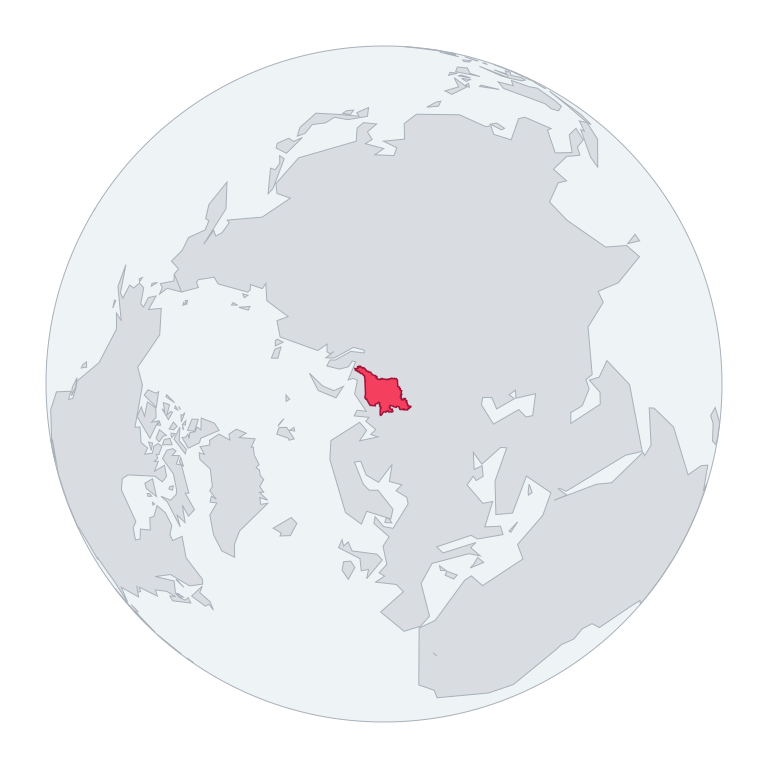 globe centered on Komi, rotated 267°
{"feature_id": "RUS-2383", "entity_name": "Komi", "entity_type": "Republic", "adm_level": 1, "iso_a3": "RUS", "parent_name": "Russia", "parent_adm1": "", "projection": "orthographic", "projection_center": [57.661, 63.82], "detail": "fine", "context": "on_globe", "style": "filled", "palette": "rose", "viewbox_px": 768, "rotation_deg": 267, "n_neighbors": 0, "source": "natural_earth", "source_scale": "10m", "svg_char_len": 16400}
<svg xmlns="http://www.w3.org/2000/svg" viewBox="0 0 768 768"><g transform="rotate(267 384 384)"><circle cx="384" cy="384" r="338" fill="#eef3f6" stroke="#a8b0b8"/><path d="M311.0,54.1L346.2,49.9L323.7,51.5L336.1,49.5L346.1,48.4L341.8,49.1L359.1,49.5L375.7,49.8L393.3,56.5L393.2,70.9L385.0,68.3L385.9,72.5L396.3,76.2L403.0,77.6L420.3,100.6L452.9,119.8L469.0,120.5L460.9,124.9L495.3,123.4L516.7,132.5L488.9,125.6L483.3,127.6L496.1,135.2L493.0,139.0L497.5,145.1L492.7,149.1L476.9,145.3L473.5,147.9L482.7,153.2L483.8,161.0L470.7,152.7L471.2,165.5L444.8,162.6L413.8,139.0L395.4,142.7L353.8,133.0L353.9,138.1L338.2,138.4L332.5,144.6L326.4,141.4L327.1,149.2L333.8,150.9L336.3,155.0L333.6,158.9L325.3,155.5L325.5,153.0L321.6,154.1L318.7,150.7L318.6,154.6L308.9,150.3L314.3,160.5L303.2,162.0L297.9,157.6L303.9,150.3L306.6,123.6L303.1,117.7L292.1,116.2L259.7,129.0L253.5,126.0L241.2,127.6L242.0,132.4L251.9,133.1L250.4,143.0L262.8,143.1L264.0,147.4L274.5,151.0L266.9,158.9L253.8,164.7L244.7,162.3L238.7,164.9L242.5,174.4L220.9,177.2L198.6,192.4L193.6,192.5L192.6,179.3L204.9,160.8L203.7,145.4L198.3,164.1L186.1,164.8L181.5,168.7L178.6,174.0L180.9,177.3L175.4,179.6L178.6,161.5L183.6,159.1L182.6,164.7L188.3,156.2L190.4,144.9L184.0,146.6L193.9,129.0L189.4,130.2L189.1,127.3L195.5,126.5L184.2,127.8L194.8,111.0L179.6,116.5L201.2,104.3L212.9,96.8L226.0,88.6L223.6,89.1L244.0,78.6L257.3,71.3L255.4,71.5L282.8,61.6L311.0,54.1ZM177.2,117.3L147.9,142.6L160.9,130.2L159.1,131.9L167.2,125.0L181.3,113.9L193.7,104.8L177.2,117.3ZM573.3,104.1L574.5,104.9L572.4,103.5L573.3,104.1ZM172.1,123.9L176.9,120.0L172.7,123.7L172.1,123.9ZM406.4,77.8L396.9,75.9L388.6,71.5L396.9,72.5L406.4,77.8ZM421.7,88.0L416.4,87.9L415.8,82.5L419.0,84.2L421.7,88.0ZM481.2,120.5L474.0,117.1L482.0,119.2L481.2,120.5ZM498.9,145.2L501.9,145.1L502.9,148.3L498.9,145.2ZM278.0,146.6L276.2,148.7L275.2,146.9L278.0,146.6ZM284.1,146.2L284.1,142.5L287.0,141.8L287.0,144.1L284.1,146.2ZM496.6,157.6L497.3,163.1L493.9,156.8L496.6,157.6ZM283.5,150.9L292.2,141.1L297.4,140.0L301.5,147.9L283.5,150.9ZM496.0,165.8L497.9,179.6L504.8,180.3L486.5,186.6L490.9,172.5L485.5,164.5L491.9,167.7L496.0,165.8ZM337.1,149.8L329.9,148.1L338.4,145.9L337.1,149.8ZM342.0,147.4L364.6,135.7L373.9,140.4L364.4,143.2L378.5,146.8L371.9,154.8L362.7,154.7L358.0,149.9L359.1,156.7L342.0,147.4ZM476.1,188.1L474.2,191.1L473.1,187.3L476.1,188.1ZM338.0,156.4L341.8,153.5L350.1,157.4L344.1,164.0L343.3,160.6L338.0,156.4ZM385.5,143.9L390.6,148.1L386.7,155.7L388.1,158.5L372.6,155.4L385.5,143.9ZM340.1,161.7L340.9,167.3L334.4,169.2L334.9,159.6L340.1,161.7ZM354.8,155.6L358.5,157.8L354.5,158.7L354.8,155.6ZM312.1,179.5L316.4,175.5L321.1,177.1L312.1,179.5ZM341.6,169.3L343.8,168.6L346.1,168.9L345.3,172.9L341.6,169.3ZM370.9,161.1L368.2,163.5L377.0,162.7L374.5,168.7L364.5,165.6L367.7,169.4L367.0,171.3L359.7,166.8L370.9,161.1ZM351.6,177.9L338.1,176.5L329.1,183.2L324.6,181.9L339.9,171.4L351.6,177.9ZM357.0,171.7L352.6,175.2L349.3,171.6L350.3,167.1L357.0,171.7ZM376.3,173.9L382.8,165.5L384.7,166.5L376.3,173.9ZM349.6,180.5L352.9,180.8L349.3,181.4L349.6,180.5ZM368.8,176.6L370.8,173.5L373.0,174.6L368.8,176.6ZM357.8,184.1L353.4,183.6L353.9,180.4L357.8,184.1ZM363.4,181.2L365.8,183.6L356.7,179.6L363.9,179.6L363.4,181.2ZM370.5,178.2L372.4,177.9L369.3,179.4L370.5,178.2ZM358.4,196.7L346.8,192.4L347.9,185.3L359.0,190.4L358.4,196.7ZM157.3,634.6L151.1,628.5L154.3,628.3L150.1,620.4L129.5,586.4L133.8,579.2L129.2,569.2L119.3,560.1L114.6,547.7L108.9,540.8L77.1,497.4L70.0,472.3L67.9,420.6L75.6,418.0L81.6,403.0L138.4,406.3L145.2,422.7L183.9,454.4L187.8,461.2L177.5,471.9L202.0,513.6L216.7,509.0L244.5,535.7L266.7,545.0L284.6,521.4L248.4,505.6L247.7,488.9L281.3,489.8L313.8,503.2L314.6,497.2L298.8,477.5L311.1,469.6L293.9,469.6L297.3,477.7L286.6,478.2L282.8,470.9L287.3,468.2L278.9,461.6L259.6,476.5L261.0,486.4L236.0,477.2L235.9,492.8L227.4,495.0L224.3,469.4L228.3,462.9L218.6,428.1L212.2,434.1L220.9,467.5L216.0,462.0L207.3,471.1L210.1,459.9L202.3,422.6L182.9,410.6L149.7,417.3L140.2,407.8L136.0,391.1L156.5,368.7L175.6,392.6L183.2,385.7L186.6,365.2L192.1,374.5L195.8,369.3L203.7,377.4L222.0,374.5L231.2,381.1L245.3,366.6L251.9,368.2L241.6,376.2L239.4,385.5L263.0,401.8L269.6,400.9L276.8,390.4L282.4,396.5L286.4,384.2L303.3,387.9L286.1,373.4L294.1,361.4L308.1,356.7L307.6,350.3L284.9,358.1L278.7,363.7L278.2,372.5L258.4,386.4L248.9,383.8L257.8,360.0L245.2,354.1L257.7,338.8L311.5,326.0L330.3,328.0L347.0,357.7L338.6,364.2L328.5,356.6L331.5,375.2L334.3,368.1L338.9,373.4L347.8,363.9L351.5,367.2L353.7,352.6L359.2,355.7L357.7,364.9L375.6,354.1L389.0,357.6L391.2,353.6L389.9,348.4L407.7,356.8L408.6,353.5L403.1,349.4L401.2,340.4L405.0,327.8L410.9,331.4L410.4,336.4L418.3,352.6L416.0,365.8L418.8,366.1L422.2,355.5L412.6,335.7L413.2,327.2L419.0,335.7L416.9,331.9L419.1,328.8L426.8,329.3L420.9,319.6L436.4,282.7L452.9,280.4L456.3,291.8L473.4,271.3L490.7,271.3L485.6,267.5L490.3,255.7L485.0,255.4L482.9,252.7L492.6,223.6L499.5,219.9L497.9,204.0L495.3,202.1L490.1,203.8L486.5,186.6L504.8,180.3L509.8,184.8L517.8,178.2L528.2,189.6L540.5,196.4L547.2,213.4L556.3,217.7L558.4,214.6L572.4,218.5L593.9,237.8L567.3,235.4L533.1,211.3L546.3,222.0L540.5,223.7L543.6,230.2L553.1,237.8L555.9,236.0L557.0,271.0L574.5,300.3L579.9,287.1L589.7,286.5L614.3,310.6L627.9,368.9L641.1,370.6L646.1,377.3L644.0,390.2L636.6,380.6L628.8,385.0L625.0,377.9L619.1,396.1L613.4,386.8L611.6,405.9L619.2,409.1L626.5,396.2L627.5,417.4L643.0,417.8L651.7,430.5L648.9,473.5L635.7,499.0L636.3,504.2L627.5,506.7L621.2,523.8L641.9,532.3L643.1,538.6L630.3,564.3L629.1,560.5L605.8,567.1L605.3,584.0L623.1,582.0L629.3,589.1L617.3,595.7L610.5,589.6L602.2,591.6L601.7,578.4L589.6,564.4L577.3,577.0L575.7,568.5L557.1,558.8L537.9,575.4L509.2,612.3L509.6,633.4L497.8,645.8L472.9,623.3L465.3,602.6L454.0,607.2L430.2,590.7L382.6,592.4L377.9,585.8L368.5,588.6L352.0,580.9L345.6,569.1L334.8,568.5L352.5,598.9L364.4,599.3L377.1,589.3L379.6,599.3L395.7,607.8L370.6,629.2L303.2,638.3L300.2,621.4L267.3,560.2L270.3,554.7L270.3,554.0L270.1,552.6L263.5,560.7L259.0,547.7L272.8,591.0L273.5,606.2L302.2,639.0L298.7,640.5L309.0,647.5L346.3,647.6L345.7,652.5L325.9,670.9L277.4,682.9L285.9,696.5L286.0,703.1L260.4,697.4L267.5,701.2L265.3,700.4L241.8,690.6L219.2,679.0L197.4,665.8L176.8,650.9L157.3,634.6ZM112.9,418.7L109.9,422.6L112.9,418.7ZM344.6,530.8L366.4,534.9L362.9,514.9L371.0,515.0L366.8,508.4L362.5,513.5L353.2,495.2L364.8,490.9L365.4,481.9L358.1,480.2L338.2,491.2L351.4,517.2L343.7,524.1L344.6,530.8ZM120.8,172.7L115.6,179.4L120.2,173.2L120.8,172.7ZM143.7,146.7L124.8,167.6L133.9,156.8L146.1,144.0L138.7,151.6L143.7,146.7ZM170.8,123.4L167.1,126.5L166.9,126.2L170.8,123.4ZM169.1,126.7L170.2,125.6L172.9,123.7L169.1,126.7ZM185.9,165.8L185.5,167.3L181.7,172.5L181.7,169.7L185.9,165.8ZM175.7,198.9L167.1,201.9L173.2,197.6L171.5,194.0L182.3,180.8L191.7,192.0L185.5,189.1L175.7,198.9ZM199.3,167.0L191.4,173.6L199.7,165.9L199.3,167.0ZM208.6,334.3L208.9,341.5L202.3,345.3L190.8,338.1L200.2,332.4L208.6,334.3ZM210.9,350.9L223.0,330.0L230.7,334.0L224.3,335.2L228.2,340.0L219.0,343.3L214.4,368.1L208.4,373.1L190.4,356.4L199.6,358.9L198.7,351.5L210.9,350.9ZM240.5,273.6L245.8,265.7L255.5,284.4L249.4,289.7L237.5,282.6L237.7,272.2L240.5,273.6ZM289.0,167.2L290.4,163.7L292.7,164.6L293.4,168.2L289.0,167.2ZM313.7,177.5L285.2,183.4L285.4,179.7L268.4,188.2L262.3,181.8L273.5,176.3L256.1,178.1L263.8,170.6L251.9,173.0L277.4,161.6L283.6,155.4L279.1,164.7L284.5,170.7L288.7,171.4L305.3,169.0L321.2,158.9L329.2,163.7L330.5,169.7L327.9,172.8L323.6,168.7L323.2,175.9L314.9,172.3L313.7,177.5ZM342.1,243.8L338.1,236.6L336.0,252.4L327.7,248.1L327.9,250.2L319.7,250.7L310.1,255.1L307.2,251.9L304.7,255.1L299.2,255.6L294.9,258.9L288.1,254.5L282.2,258.2L282.3,254.0L274.0,261.8L277.1,254.1L270.3,254.4L270.9,261.7L244.8,232.0L231.5,226.2L218.7,225.8L225.8,213.3L242.3,205.9L262.2,203.2L274.0,210.9L275.1,204.1L281.1,205.8L277.7,210.5L286.5,204.4L290.5,207.2L308.2,206.1L318.3,196.2L325.0,195.8L323.1,201.0L331.1,197.0L332.1,206.8L336.9,206.8L342.6,216.7L336.1,227.2L342.0,226.5L346.6,234.2L342.1,243.8ZM359.6,199.7L353.7,212.7L346.3,217.0L339.4,198.1L334.9,196.7L330.2,185.2L341.1,179.5L341.4,183.2L344.3,185.6L339.7,186.4L345.5,187.5L346.2,192.8L350.8,195.2L347.7,198.8L359.6,199.7ZM195.7,460.4L199.4,464.2L205.9,468.4L200.6,474.3L195.7,460.4ZM189.9,435.0L193.7,437.1L189.4,447.1L185.6,443.3L189.9,435.0ZM199.6,429.9L194.3,436.4L194.9,430.7L199.6,429.9ZM245.6,377.6L250.1,379.2L249.1,382.1L244.9,384.5L245.6,377.6ZM333.9,291.4L332.8,286.3L335.1,285.4L339.5,274.3L346.0,276.9L345.8,284.6L333.9,291.4ZM276.4,523.7L267.8,526.3L265.4,522.4L268.8,522.3L276.4,523.7ZM230.7,501.2L239.4,510.3L229.2,502.8L230.7,501.2ZM341.7,292.4L342.7,287.4L345.3,291.8L341.7,292.4ZM350.9,278.2L354.6,282.4L347.3,275.9L350.9,278.2ZM343.2,713.5L327.8,717.2L311.9,714.1L306.1,712.2L309.8,709.1L327.5,710.6L335.3,708.5L343.2,713.5ZM676.3,552.3L680.8,544.9L680.4,545.7L676.3,552.3ZM671.8,558.5L677.5,549.8L670.3,561.3L671.8,558.5ZM679.6,546.3L685.3,535.8L687.8,530.7L687.0,532.7L679.6,546.3ZM667.7,564.5L642.8,594.8L632.2,604.4L635.3,599.6L652.5,581.7L667.7,564.5ZM634.4,600.4L617.3,610.1L589.4,608.8L599.5,602.3L627.8,593.7L626.1,597.3L636.5,592.8L634.4,600.4ZM673.3,544.5L671.4,552.5L658.3,569.2L652.0,575.7L647.7,572.6L650.1,565.4L655.5,559.4L672.9,518.9L679.7,513.9L675.2,528.6L680.5,527.1L673.3,544.5ZM511.4,634.6L520.4,642.5L513.6,646.8L511.4,634.6ZM677.4,496.5L672.1,514.5L676.1,494.9L677.4,496.5ZM678.2,480.9L679.8,484.3L675.9,484.7L678.2,480.9ZM638.6,510.4L633.0,517.7L631.6,514.7L637.9,503.7L638.6,510.4ZM658.2,441.2L662.8,450.9L663.4,455.5L658.6,453.0L658.2,441.2ZM398.7,310.1L385.3,322.5L380.0,333.7L383.8,343.4L372.7,335.3L380.9,318.0L398.7,310.1ZM431.1,285.5L427.7,277.5L432.9,277.7L434.4,279.6L431.1,285.5ZM426.4,283.0L415.3,279.4L415.8,272.9L424.5,276.9L426.4,283.0ZM378.2,285.6L373.7,289.0L371.7,285.3L378.2,285.6ZM687.3,532.8L694.5,516.8L697.5,510.0L687.3,532.8ZM714.8,453.0L710.1,471.3L709.0,473.1L711.7,462.9L706.9,475.8L712.3,457.7L713.7,456.7L716.4,442.2L719.3,425.9L719.7,422.5L714.8,453.0ZM710.4,471.3L710.6,470.6L711.4,467.6L711.2,468.3L710.4,471.3ZM699.7,499.0L699.2,501.2L697.6,504.1L699.7,499.0ZM702.1,492.6L706.7,481.6L701.5,495.2L702.1,492.6ZM683.8,523.3L685.7,524.0L691.9,510.5L687.2,522.5L690.5,521.5L688.7,526.3L685.6,526.9L683.1,536.5L680.2,541.1L679.5,537.6L682.8,525.2L685.6,517.2L696.3,495.9L683.8,523.3ZM702.4,487.9L701.0,486.4L701.9,480.6L703.5,479.6L702.4,487.9ZM695.2,483.9L689.7,486.1L686.0,496.0L692.2,471.9L696.7,473.8L695.2,483.9ZM688.5,477.2L685.2,486.5L687.8,474.0L688.5,477.2ZM683.6,486.1L681.8,482.3L685.1,477.4L683.6,486.1ZM690.5,473.7L688.9,464.6L691.8,466.3L690.5,473.7ZM676.8,474.1L686.3,470.1L676.2,482.1L669.7,467.0L673.5,460.2L676.8,474.1ZM659.1,368.0L654.7,364.4L656.5,356.9L659.0,361.4L659.1,368.0ZM658.0,330.2L655.5,353.7L652.7,373.1L656.4,371.0L660.9,383.0L652.2,381.5L649.9,361.7L653.0,348.6L647.9,339.4L646.8,325.9L638.4,318.2L636.0,310.4L644.6,313.5L658.0,330.2ZM634.5,315.5L619.5,298.6L625.3,288.6L629.9,290.0L634.4,301.8L631.0,306.4L634.5,315.5ZM617.5,291.7L614.1,296.1L584.8,283.3L580.1,278.2L605.5,282.0L603.7,286.4L609.8,291.5L617.5,291.7ZM477.8,192.3L474.5,191.2L477.7,189.9L477.8,192.3ZM479.8,252.9L477.5,249.0L481.4,247.5L479.8,252.9ZM473.2,237.5L470.4,242.0L470.9,235.8L473.2,237.5ZM464.8,252.3L468.2,243.0L468.5,254.1L464.8,252.3Z" fill="#d9dde1" stroke="#a8b0b8" stroke-width="1"/><path d="M389.1,394.7L389.0,394.9L388.8,395.2L388.7,395.6L388.7,395.8L388.8,396.1L388.7,396.5L388.2,396.9L387.8,397.3L387.6,397.3L387.3,397.6L386.9,397.6L382.7,397.6L382.4,397.7L381.2,397.5L380.8,398.1L380.6,398.0L380.4,398.1L380.2,398.6L380.2,398.9L380.1,399.3L378.8,399.1L378.5,399.9L378.5,400.0L377.2,399.8L377.0,400.4L376.6,400.4L376.4,401.2L376.3,401.3L373.1,400.4L372.9,401.2L371.7,400.8L371.6,400.7L371.8,400.1L370.4,399.6L370.1,400.4L369.1,400.1L368.8,400.9L367.5,400.6L367.3,401.2L367.0,402.2L368.0,402.6L368.0,402.9L368.0,403.0L368.3,403.2L368.5,403.3L368.5,403.6L368.3,404.4L367.7,403.9L367.5,404.0L367.2,404.3L367.0,404.7L366.8,405.0L365.9,406.0L365.6,405.9L365.4,405.5L365.3,405.4L365.0,405.2L364.7,405.2L363.8,406.2L363.3,406.2L362.9,406.3L362.5,406.2L362.2,406.4L362.0,406.7L361.3,406.5L361.2,406.6L361.4,407.0L360.8,407.1L360.5,407.9L360.5,408.0L360.5,408.7L360.5,408.8L360.3,409.6L360.0,409.7L359.7,409.6L359.5,409.4L359.7,408.7L359.2,408.3L359.0,408.0L358.8,407.9L358.6,407.7L358.4,407.8L358.5,406.9L357.0,406.4L356.9,406.2L356.9,405.7L357.1,404.8L357.1,403.9L357.1,403.5L357.3,403.3L357.9,402.9L358.1,402.6L358.0,402.3L357.8,402.3L357.6,402.2L357.8,402.1L357.5,401.8L357.5,401.6L357.7,401.3L357.7,401.1L357.6,399.6L357.8,398.8L357.9,398.5L358.0,398.5L359.1,398.1L359.3,398.2L359.7,398.0L360.0,398.0L360.3,398.0L360.9,396.4L361.1,395.7L360.1,395.1L360.0,394.9L360.8,392.6L360.9,392.4L361.2,392.4L362.3,388.8L360.4,388.2L360.0,388.2L359.8,388.7L359.8,388.8L359.0,388.6L358.9,388.7L358.4,390.1L358.4,390.3L358.5,390.5L358.5,390.8L358.4,391.0L357.0,390.7L356.7,390.8L356.6,391.3L356.5,391.5L356.0,391.3L355.9,391.2L356.0,390.8L356.0,390.6L355.6,390.3L355.6,390.2L355.9,389.0L355.9,388.7L355.8,388.2L355.7,387.4L356.0,387.2L356.7,386.8L357.0,386.5L357.2,386.0L357.2,385.8L356.8,385.7L356.5,385.4L356.1,385.1L356.0,384.8L355.8,384.4L355.9,384.1L355.9,383.8L356.2,383.4L356.2,383.2L356.2,382.7L355.9,382.0L355.0,381.0L354.3,380.6L353.9,380.5L353.7,380.3L353.5,380.0L353.1,379.6L352.8,379.0L352.8,378.9L353.9,378.5L354.2,378.5L355.2,378.8L355.9,378.6L359.7,379.1L359.8,379.1L359.7,379.4L359.9,379.7L360.4,379.9L360.5,379.8L360.7,379.2L360.8,379.2L361.5,379.3L361.9,378.6L362.0,378.5L363.2,378.9L363.3,378.7L363.6,378.3L363.7,378.2L365.4,378.8L365.5,378.7L366.0,377.3L365.3,376.8L365.0,376.6L364.3,374.2L364.2,374.1L362.7,374.2L363.4,369.0L369.7,365.8L369.8,365.8L369.7,365.6L369.8,365.3L369.8,365.1L370.2,365.0L370.3,365.0L370.4,364.9L370.5,364.9L370.6,364.6L370.8,364.6L371.0,364.5L371.2,364.4L371.4,364.2L371.6,364.2L375.0,365.0L389.2,365.2L389.1,365.3L389.6,365.2L392.7,365.0L392.8,364.9L393.2,364.9L393.3,364.8L393.3,364.5L393.6,364.2L395.7,362.5L395.7,362.4L395.7,362.2L395.7,361.4L396.1,360.9L396.6,360.5L396.6,360.4L396.9,360.1L397.4,360.1L397.5,360.1L397.4,359.9L397.8,359.7L397.9,359.3L397.8,359.1L397.8,358.9L397.6,358.7L398.0,358.3L398.1,358.1L398.6,357.8L398.6,357.7L398.8,357.4L399.0,357.4L399.0,357.2L398.9,357.1L398.9,356.9L398.9,356.7L399.0,356.5L399.3,356.1L399.7,356.1L399.9,356.2L400.0,356.1L400.9,355.8L400.8,356.1L400.8,356.3L400.7,356.6L400.6,356.8L400.6,357.0L400.7,357.6L400.8,357.8L400.8,358.3L401.2,358.8L401.5,358.7L401.9,358.7L402.2,358.4L402.4,358.6L402.6,358.6L402.6,358.9L402.6,359.3L402.8,359.5L403.0,359.6L403.1,359.9L403.0,360.1L402.9,360.2L402.6,360.0L402.3,360.2L402.3,360.4L402.4,360.5L402.2,360.7L402.3,360.8L402.8,360.6L403.0,360.9L403.0,361.1L402.8,361.6L402.7,361.7L402.4,361.8L402.2,361.8L402.2,362.1L402.1,362.3L401.9,362.6L401.7,362.9L401.5,363.0L401.3,363.4L401.2,363.4L401.3,363.5L401.3,363.8L401.0,363.9L401.0,364.0L401.2,364.8L401.0,365.1L400.8,365.1L400.6,365.3L400.0,365.6L400.0,365.9L400.0,366.0L399.7,366.1L399.5,366.4L399.2,366.5L398.7,366.6L398.6,366.9L398.5,367.0L398.4,367.2L398.2,367.4L398.0,367.6L397.8,367.7L397.7,367.8L397.6,367.7L397.5,367.9L397.4,368.1L397.3,368.4L397.2,368.6L397.4,368.9L397.4,369.1L397.0,369.0L396.9,369.1L396.7,369.5L396.6,369.9L396.4,370.2L396.4,370.4L396.4,370.6L396.5,370.8L396.4,371.1L396.5,371.3L396.1,371.5L395.7,371.6L394.8,372.4L394.2,372.6L394.1,372.8L393.9,373.1L393.8,373.3L393.6,373.5L393.4,373.9L393.2,374.5L392.8,374.9L392.8,375.0L393.0,375.1L392.9,375.4L392.9,375.7L392.5,375.9L392.5,376.1L392.3,376.5L391.9,376.5L391.8,376.9L391.5,377.5L391.4,377.5L391.3,377.2L390.9,376.8L390.9,376.6L390.6,376.5L390.2,376.5L389.9,376.9L389.6,377.5L389.2,377.8L389.1,378.1L389.0,378.3L389.0,378.6L389.2,378.9L389.1,379.0L388.9,379.2L388.9,379.5L388.7,379.8L388.6,380.0L388.9,380.1L389.0,380.6L389.0,380.9L388.9,381.2L388.9,381.4L388.9,381.5L389.3,381.9L389.4,382.0L389.6,381.9L389.6,382.1L389.6,382.4L389.5,382.6L389.5,382.8L389.0,383.3L389.0,383.8L388.8,384.2L388.8,385.0L388.6,385.9L388.4,386.4L388.5,386.6L388.3,386.8L388.4,387.0L388.4,387.4L388.3,387.6L388.4,388.0L388.2,388.3L388.2,388.7L388.4,389.0L388.7,389.1L388.9,389.3L388.8,389.8L388.8,390.1L388.7,390.3L388.8,390.7L388.8,390.9L389.0,391.4L389.4,391.6L389.3,392.1L389.3,392.4L389.2,392.7L389.1,392.8L389.0,393.2L388.8,393.9L388.8,394.0L389.1,394.7Z" fill="#f43f5e" stroke="#9f1239" stroke-width="1.5"/></g></svg>